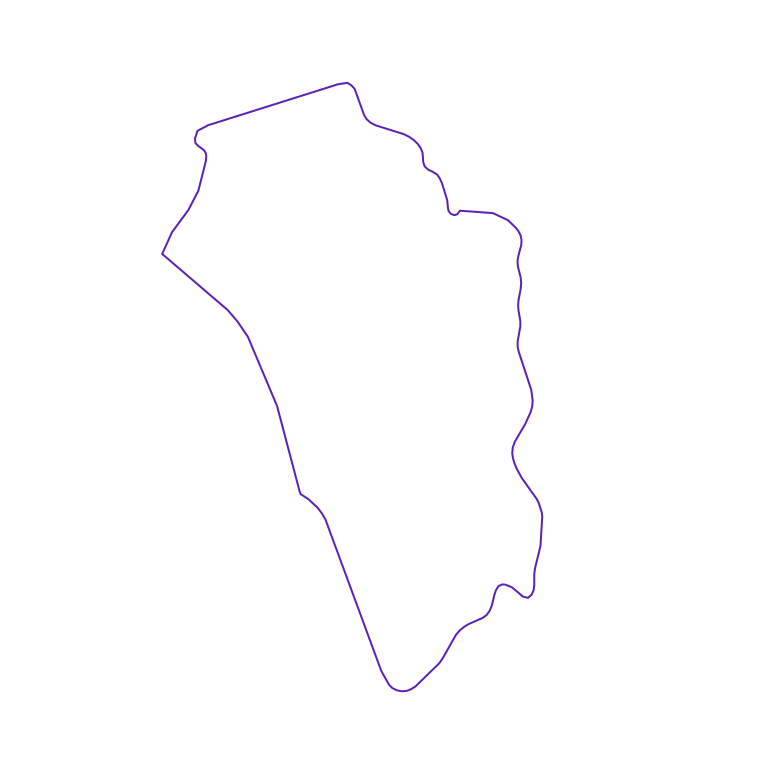 outline of Brokopondo, rotated 343°
{"feature_id": "SUR-66", "entity_name": "Brokopondo", "entity_type": "District", "adm_level": 1, "iso_a3": "SUR", "parent_name": "Suriname", "parent_adm1": "", "projection": "mercator", "projection_center": [-55.026, 4.667], "detail": "fine", "context": "isolated", "style": "outline", "palette": "violet", "viewbox_px": 768, "rotation_deg": 343, "n_neighbors": 0, "source": "natural_earth", "source_scale": "10m", "svg_char_len": 1645}
<svg xmlns="http://www.w3.org/2000/svg" viewBox="0 0 768 768"><g transform="rotate(343 384 384)"><path d="M427.7,83.9L437.0,85.3L440.1,88.8L442.2,93.1L443.6,120.9L444.9,125.8L447.7,130.5L451.8,134.3L476.0,150.9L480.3,154.9L483.8,159.5L486.4,164.2L488.0,169.0L488.5,173.9L486.4,183.4L486.5,187.7L488.9,191.9L492.4,195.1L496.0,199.2L497.4,203.6L498.1,208.3L498.2,226.6L496.7,233.9L496.3,237.4L497.6,240.8L500.7,243.1L503.6,243.1L507.3,240.5L538.1,252.4L550.4,263.6L555.8,273.3L557.2,277.0L558.1,282.0L557.6,286.6L555.8,291.4L549.8,301.0L547.5,305.8L546.4,311.0L545.8,322.4L544.6,327.8L542.4,333.2L537.1,343.3L535.2,348.2L534.1,353.1L532.8,363.5L531.3,368.6L524.2,382.5L522.7,387.3L522.3,392.5L523.1,432.8L521.3,443.4L519.3,448.5L516.2,453.5L507.6,463.3L492.3,477.4L488.6,482.3L486.3,488.0L485.6,493.2L485.6,498.9L486.2,504.2L488.3,514.3L496.4,538.5L497.2,543.3L497.3,553.2L496.5,557.2L486.3,584.6L474.3,604.8L472.0,610.1L468.9,620.2L466.8,624.9L463.5,628.7L459.1,630.6L454.7,627.9L446.9,615.8L441.5,611.4L438.4,610.2L434.3,610.8L430.9,613.8L428.0,617.8L422.4,627.3L418.7,631.8L414.4,635.0L409.9,636.5L395.0,638.3L389.7,639.6L384.6,641.7L379.6,644.8L360.0,663.4L355.4,667.1L325.7,682.4L321.0,683.7L316.2,684.1L311.4,683.1L307.0,680.9L303.1,677.3L300.8,672.8L297.5,657.6L288.4,496.4L286.9,490.0L284.2,482.7L278.2,472.3L272.8,465.7L272.4,465.5L272.1,465.1L271.9,462.0L275.3,373.8L267.6,298.8L262.2,281.5L256.2,267.7L209.9,194.8L225.6,176.9L247.7,160.5L262.9,145.0L279.1,118.2L280.7,114.0L281.0,111.0L280.4,108.1L278.5,105.4L276.2,102.5L274.1,98.5L275.0,94.0L279.6,87.4L291.4,85.1L427.7,83.9Z" fill="none" stroke="#5b21b6" stroke-width="2"/></g></svg>